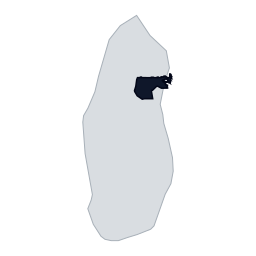 location of 74, Al Khawr, Qatar
{"feature_id": "91078587B87151067735171", "entity_name": "74", "entity_type": "district", "adm_level": 2, "iso_a3": "QAT", "parent_name": "Qatar", "parent_adm1": "Al Khawr", "projection": "equal_earth", "projection_center": [51.544, 25.65], "detail": "fine", "context": "in_parent", "style": "filled", "palette": "ink", "viewbox_px": 256, "rotation_deg": 0, "n_neighbors": 0, "source": "geoboundaries", "source_scale": "gbopen_adm2", "svg_char_len": 3817}
<svg xmlns="http://www.w3.org/2000/svg" viewBox="0 0 256 256"><path d="M137.0,234.6L127.5,237.5L118.5,240.6L111.0,240.6L105.0,239.3L101.0,236.3L93.3,224.3L87.8,208.7L91.2,200.0L92.4,194.6L85.1,153.6L82.8,122.1L83.6,115.6L87.9,108.2L94.9,91.8L98.6,76.1L109.2,39.6L120.3,25.6L136.6,15.4L150.0,35.5L166.3,50.8L169.4,68.0L164.6,82.0L160.2,104.3L162.8,114.6L163.8,123.4L168.2,138.4L172.5,157.7L173.2,171.2L170.9,183.7L165.2,194.2L154.0,225.9L150.7,229.2L137.0,234.6Z" fill="#d9dde1" stroke="#a8b0b8" stroke-width="1"/><path d="M152.7,98.7L151.5,91.6L151.6,90.4L152.5,90.3L156.5,86.4L157.4,86.1L161.4,88.2L167.2,88.1L167.2,87.9L167.3,87.8L167.3,87.7L167.2,87.6L167.3,87.6L167.2,87.5L167.2,87.4L167.1,86.9L167.2,86.3L167.2,86.1L167.3,86.1L167.3,85.9L167.4,85.7L167.5,85.7L167.5,85.3L167.5,85.2L167.4,85.2L167.2,85.2L167.0,85.3L167.0,85.2L166.9,85.1L167.0,85.1L167.1,84.9L167.3,84.8L167.0,84.9L166.9,85.1L166.5,85.1L166.4,85.0L166.4,84.9L166.2,84.9L165.9,84.8L165.7,85.0L165.6,84.9L165.4,84.7L165.4,84.4L165.5,84.3L165.6,84.2L165.2,83.9L165.1,83.7L165.1,83.4L165.2,83.1L165.3,82.9L165.7,82.8L165.8,82.7L165.9,82.3L165.9,82.0L166.0,81.8L166.0,81.7L165.8,81.7L165.4,81.8L165.2,81.8L165.1,81.7L164.8,81.7L164.8,81.8L164.8,82.1L164.6,82.3L164.5,82.2L164.6,81.8L164.6,81.7L164.4,81.5L164.3,81.4L164.1,81.5L164.1,81.4L164.0,81.5L164.0,81.4L164.0,81.5L163.9,81.5L163.7,81.6L163.8,81.2L163.8,81.3L163.7,81.2L163.6,81.4L163.5,81.5L163.3,81.3L163.4,81.2L163.5,81.2L163.3,81.2L163.2,81.4L162.8,81.3L162.7,81.3L162.6,81.2L162.4,81.0L162.2,80.8L162.2,80.7L162.3,80.5L162.4,80.4L162.5,80.4L162.9,80.0L163.1,80.0L163.2,79.9L163.4,79.8L163.5,79.9L163.6,80.3L163.7,80.2L163.8,80.0L163.9,79.9L164.0,79.8L164.4,79.7L164.6,79.6L164.7,79.4L164.8,79.4L165.0,79.2L165.1,79.3L165.3,79.2L165.5,79.0L165.6,78.9L165.8,78.9L166.0,78.9L166.3,79.0L166.5,79.2L166.8,79.3L167.1,79.2L167.1,79.3L167.3,79.3L167.2,79.2L167.3,78.9L167.5,78.6L167.6,78.8L167.5,79.0L167.8,79.0L167.9,79.3L167.8,79.2L167.7,79.2L167.3,79.3L167.4,79.6L167.7,79.8L167.8,79.8L167.9,80.0L168.1,80.2L168.1,80.3L168.3,80.5L168.3,80.8L168.2,80.8L168.3,81.0L168.2,81.3L168.3,81.3L168.3,81.5L168.2,81.5L167.8,81.7L167.6,81.6L167.8,81.5L167.8,81.4L167.7,81.4L167.8,81.2L167.7,81.1L167.7,81.3L167.6,81.2L167.4,81.4L167.2,81.6L166.9,81.7L166.8,81.8L166.8,82.0L166.7,82.1L166.6,81.9L166.6,82.0L166.8,82.2L166.8,82.3L167.0,82.3L167.3,82.2L167.8,82.1L168.1,82.1L168.2,82.5L168.2,82.1L168.4,82.0L168.5,82.1L168.8,82.2L169.0,82.3L169.1,82.5L169.1,83.3L169.1,83.5L169.1,83.3L169.1,83.0L169.3,82.9L169.2,82.9L169.2,82.7L169.4,82.6L169.5,82.8L169.3,82.9L169.5,82.8L169.5,83.0L169.5,82.8L169.8,83.0L169.7,82.8L169.8,82.8L169.8,82.7L170.2,82.4L170.3,82.7L170.2,82.8L170.3,82.7L170.4,82.8L170.2,82.4L170.4,82.1L170.4,81.9L170.4,81.6L170.4,81.1L170.4,80.9L170.5,80.9L170.8,80.8L170.8,80.7L170.4,80.9L170.3,80.6L170.7,80.5L170.8,80.5L170.7,80.4L170.7,80.5L170.4,80.5L170.3,80.3L170.3,80.1L170.4,79.8L170.5,79.6L170.8,79.5L170.8,79.4L171.2,79.4L170.9,79.3L170.9,79.1L171.0,78.9L171.0,78.7L171.1,78.4L171.3,78.1L171.5,78.2L171.4,78.0L171.4,77.9L171.6,77.3L171.7,76.9L171.7,76.7L171.8,76.6L171.7,76.4L171.3,75.9L171.2,75.7L171.1,75.4L171.1,74.8L170.9,74.4L170.5,74.3L170.4,74.1L170.2,74.0L170.0,73.8L169.8,73.9L169.8,74.2L169.7,74.3L169.7,74.5L169.7,76.4L170.0,76.4L170.0,77.1L169.8,77.1L169.8,77.6L166.9,77.6L166.9,77.2L166.2,77.2L166.2,76.8L165.4,76.8L165.4,76.5L165.2,76.5L165.2,76.1L164.2,76.1L164.2,76.4L163.9,76.4L163.9,76.8L163.3,76.8L163.2,77.2L162.1,77.2L162.1,76.8L161.4,76.8L161.4,77.2L160.9,77.2L160.9,77.6L158.2,77.6L158.2,77.1L157.3,77.1L157.3,77.7L153.1,77.6L153.1,77.2L151.4,77.2L151.4,77.7L141.4,77.6L141.4,77.1L140.5,77.1L140.5,77.6L137.5,77.6L136.7,79.6L135.8,86.3L134.5,90.5L134.7,91.6L137.2,95.8L142.2,99.2L144.5,98.7L152.7,98.7Z" fill="#0f172a" stroke="#020617" stroke-width="1.5"/></svg>